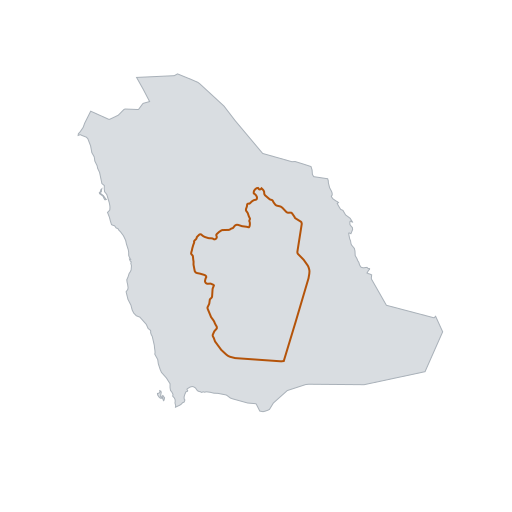 where Ar Riyad sits in Saudi Arabia, rotated 11°
{"feature_id": "SAU-1097", "entity_name": "Ar Riyad", "entity_type": "Region", "adm_level": 1, "iso_a3": "SAU", "parent_name": "Saudi Arabia", "parent_adm1": "", "projection": "albers", "projection_center": [44.266, 23.395], "detail": "fine", "context": "in_parent", "style": "outline", "palette": "amber", "viewbox_px": 512, "rotation_deg": 11, "n_neighbors": 0, "source": "natural_earth", "source_scale": "10m", "svg_char_len": 7326}
<svg xmlns="http://www.w3.org/2000/svg" viewBox="0 0 512 512"><g transform="rotate(11 256 256)"><path d="M386.7,361.7L332.3,371.8L329.3,372.7L312.4,382.1L301.1,397.0L298.5,404.0L297.1,405.1L294.7,406.5L292.6,407.5L289.3,407.5L285.2,402.2L284.2,401.1L283.3,401.1L275.9,401.9L260.5,400.7L257.9,400.3L254.5,398.6L253.6,398.2L252.7,398.1L244.8,398.1L240.8,398.7L237.0,398.5L233.0,398.8L231.6,399.5L230.1,399.4L229.1,400.0L228.3,400.3L227.3,399.8L226.0,399.9L224.2,399.4L223.0,398.3L221.9,397.2L220.8,396.7L219.5,396.3L218.4,396.3L216.9,396.9L216.0,397.5L213.8,399.5L213.7,400.2L214.7,401.4L214.4,402.0L213.1,402.7L212.7,404.6L212.5,405.6L212.3,408.1L212.8,410.1L213.6,410.8L213.6,411.7L213.2,413.3L212.0,413.9L211.1,415.4L210.5,416.2L209.6,417.0L205.8,419.8L205.7,418.2L204.5,415.7L204.4,414.0L203.9,412.3L202.9,410.9L201.0,409.5L200.9,407.6L199.5,405.8L197.7,404.2L196.7,401.5L196.0,397.8L191.3,392.8L185.4,388.3L183.6,385.7L180.7,380.5L179.3,376.4L175.4,371.7L175.3,369.9L174.7,367.7L173.8,365.2L173.3,363.3L169.5,354.7L168.3,353.3L167.2,351.4L167.0,350.0L166.7,349.2L163.9,347.7L161.4,344.1L153.7,338.2L149.9,337.5L146.9,335.4L144.8,332.7L142.6,328.1L138.6,323.0L135.3,315.9L136.5,313.4L136.5,311.6L135.5,308.6L134.4,306.2L133.7,304.0L134.4,300.9L134.8,297.4L135.6,295.5L136.1,293.5L135.6,289.3L134.5,287.0L134.7,285.6L133.4,284.8L132.4,283.2L133.5,283.2L131.6,280.9L130.9,279.6L130.3,276.6L129.4,274.2L126.5,268.9L125.1,265.6L122.0,261.4L118.5,258.2L116.3,256.7L115.2,255.4L113.4,255.2L111.4,253.3L110.0,253.2L108.2,252.8L106.3,249.3L104.7,245.9L101.9,241.5L102.7,240.5L103.7,238.7L103.4,236.3L103.0,234.7L101.8,231.7L97.9,224.3L96.8,223.2L95.1,221.8L94.1,218.6L93.7,215.8L90.9,214.3L86.5,203.8L83.8,200.1L82.8,197.7L79.7,193.6L78.3,189.6L75.1,185.8L72.6,179.4L68.5,172.9L66.7,171.7L62.2,170.9L60.3,170.4L58.4,171.6L58.3,169.9L59.7,167.6L61.8,162.7L62.5,158.3L66.1,145.4L85.2,149.9L86.2,149.8L93.9,144.1L98.4,137.4L99.4,136.7L112.4,134.7L112.8,134.4L115.7,128.3L116.0,127.9L116.3,127.6L122.1,124.7L113.5,113.9L104.7,103.5L140.9,94.7L141.5,94.5L144.2,92.2L159.8,95.3L165.9,96.7L167.8,97.6L195.9,114.9L209.8,127.2L242.9,154.0L243.4,154.1L273.3,156.6L276.4,155.8L284.7,156.7L292.9,157.7L294.6,160.8L295.2,163.0L295.8,165.2L297.5,167.1L304.4,166.8L311.6,166.5L312.6,168.4L313.1,170.4L315.2,174.9L318.0,178.4L318.7,179.7L319.2,181.6L318.7,182.4L318.6,183.3L320.6,185.2L324.0,186.7L325.3,187.1L326.8,187.8L325.7,189.0L327.8,191.5L330.2,194.1L332.6,194.6L336.1,198.6L341.2,201.0L344.3,204.3L344.1,204.4L343.2,204.1L342.0,203.7L341.7,204.1L341.8,205.6L342.2,207.2L343.8,208.7L345.2,209.7L345.8,211.6L344.9,216.0L344.5,216.0L343.8,215.7L343.0,215.6L342.6,215.9L343.7,218.9L344.7,221.3L345.9,223.1L346.9,225.8L347.7,227.0L351.1,229.8L352.2,232.2L353.3,236.7L355.5,239.2L356.7,241.1L358.2,242.7L359.3,244.9L360.8,246.6L361.5,247.0L362.6,247.1L363.9,247.1L365.5,246.5L367.1,246.0L368.5,246.9L369.9,246.7L370.0,247.5L369.2,248.6L368.2,251.5L369.8,251.9L371.4,252.0L372.5,252.4L373.1,252.4L373.2,253.0L373.4,255.7L373.8,256.7L393.4,279.5L442.4,282.7L442.7,282.6L443.8,280.9L453.7,294.8L444.0,337.3L386.7,361.7ZM189.7,412.5L191.2,412.7L190.6,412.0L190.5,411.7L191.2,410.7L193.3,412.7L193.2,415.0L193.0,415.6L192.4,415.1L192.1,414.6L191.9,414.0L191.3,413.5L189.2,413.8L187.9,413.1L186.0,411.2L185.5,409.7L186.3,409.5L187.2,408.8L187.7,407.7L187.2,406.6L188.4,406.8L189.0,408.0L189.0,410.6L189.2,411.2L188.9,411.8L189.7,412.5ZM97.3,229.6L96.8,229.6L95.5,228.1L94.8,227.0L94.1,226.3L90.6,224.7L90.1,223.8L90.7,222.9L91.1,223.8L91.7,224.4L94.6,225.8L97.7,228.7L98.3,229.0L97.3,229.6ZM91.9,222.5L91.7,222.7L91.0,222.0L91.1,220.4L91.8,219.5L91.7,220.7L91.9,222.0L91.9,222.5Z" fill="#d9dde1" stroke="#a8b0b8" stroke-width="1"/><path d="M242.8,229.2L243.2,229.2L243.6,229.1L243.8,228.7L243.9,228.3L244.0,227.9L244.0,227.3L244.0,226.6L243.8,225.3L243.6,224.6L243.4,224.0L242.8,223.1L242.7,222.6L242.8,222.0L243.0,221.0L242.9,220.4L241.4,218.4L239.8,215.6L239.3,215.0L237.8,213.6L237.5,213.2L237.3,212.7L237.3,212.3L237.2,211.9L237.6,209.2L237.6,208.3L237.5,207.3L237.5,206.9L237.9,206.4L238.3,206.1L238.7,206.0L239.5,205.9L239.7,205.7L240.0,205.4L241.3,203.5L242.0,202.7L242.9,201.9L243.3,201.6L243.8,201.3L244.7,201.0L245.1,200.8L245.5,200.5L245.7,200.2L245.9,199.8L245.9,199.6L245.9,199.2L245.9,198.8L245.8,198.4L245.6,198.0L245.4,197.5L245.0,197.1L244.7,196.7L243.9,196.0L243.1,195.5L241.9,195.0L241.8,194.7L241.6,194.0L241.6,193.5L241.6,193.1L241.6,192.7L241.8,192.0L242.1,191.4L242.6,190.5L243.1,189.9L243.7,189.4L243.9,189.2L244.0,189.2L245.0,188.8L245.4,189.1L245.5,189.2L245.8,189.6L246.1,189.8L246.5,190.0L246.9,190.0L247.4,189.8L247.8,189.6L248.5,188.5L250.3,189.7L251.1,190.5L251.4,190.9L251.7,191.4L252.2,193.2L252.4,193.7L252.9,194.3L253.3,194.7L258.6,197.7L259.4,197.9L260.8,198.0L261.2,198.1L261.6,198.3L262.0,198.7L263.1,200.1L264.9,201.7L265.7,202.3L266.1,202.4L266.9,202.6L270.0,202.7L270.8,202.8L271.6,203.1L272.8,203.7L277.4,207.0L277.8,207.2L278.3,207.3L278.7,207.4L279.2,207.4L281.9,206.8L282.4,206.8L282.8,207.0L283.2,207.2L286.3,210.2L286.8,211.0L287.2,211.3L287.6,211.5L293.6,213.8L293.8,214.0L294.1,214.2L294.3,214.6L294.5,215.0L294.7,215.4L294.8,216.0L295.8,243.9L296.0,244.8L296.1,245.1L296.4,245.5L296.7,245.9L303.5,250.6L308.4,255.3L309.2,256.2L310.0,257.5L310.9,259.3L311.4,260.8L311.7,263.3L311.8,267.9L307.5,312.8L303.3,353.8L300.8,354.6L255.0,360.2L249.9,359.9L248.0,359.5L247.0,359.1L245.6,358.4L240.1,355.0L239.8,354.8L232.1,347.7L230.2,344.5L229.1,343.2L228.8,342.7L228.6,342.0L228.6,341.5L229.4,338.0L229.8,337.2L230.9,335.4L231.1,335.0L231.3,334.6L231.3,334.1L231.2,333.7L231.1,333.3L230.9,332.8L229.3,331.0L228.1,329.4L227.5,328.4L226.4,327.2L223.6,324.6L218.6,317.0L218.4,316.6L218.3,316.2L218.2,315.7L218.3,315.3L219.1,312.3L219.2,311.4L219.0,307.9L219.0,307.5L219.2,307.1L219.4,306.7L220.0,306.0L220.2,305.6L220.4,305.2L220.6,304.7L220.6,304.3L220.6,303.9L219.7,296.9L219.7,296.1L220.3,293.0L220.2,292.9L220.0,292.6L219.6,292.4L219.2,292.3L216.9,291.8L216.5,291.8L216.1,291.9L213.8,292.5L213.4,292.5L212.9,292.5L212.1,292.2L211.7,291.9L211.3,291.5L210.8,290.7L210.7,290.2L210.7,289.7L210.8,287.6L211.1,286.7L211.2,286.3L211.1,285.9L210.9,285.4L210.4,285.0L209.9,284.7L209.4,284.6L208.6,284.4L204.4,284.0L201.4,284.0L200.8,283.9L200.3,283.8L199.9,283.6L199.5,283.3L199.2,283.0L198.9,282.7L198.7,282.4L196.3,276.4L195.8,273.5L195.6,272.9L195.2,271.9L194.2,268.6L193.9,267.9L193.5,267.5L193.1,267.2L192.4,266.7L192.2,266.5L192.0,266.3L191.8,265.8L191.8,264.5L192.0,262.6L192.0,260.6L192.3,257.1L192.6,255.5L192.7,254.7L192.7,254.3L192.5,253.6L192.4,253.4L192.5,253.1L192.6,252.8L192.9,252.3L193.8,251.1L194.1,250.5L194.3,249.6L194.3,248.8L194.7,248.1L196.0,246.2L196.2,245.9L196.7,245.5L197.2,245.3L197.6,245.3L198.0,245.3L200.0,246.4L200.8,246.7L202.2,247.1L205.6,247.5L206.5,247.5L209.2,247.1L210.1,247.1L211.5,247.6L211.9,247.6L212.3,247.5L212.7,247.3L213.2,246.9L213.6,246.4L213.9,245.6L213.9,245.0L213.8,244.6L213.3,243.7L213.1,243.3L213.0,242.9L213.1,242.4L213.4,241.8L215.2,239.4L217.0,237.6L217.5,237.3L217.9,237.0L224.2,235.6L225.0,235.2L225.4,234.9L226.4,233.9L227.8,233.1L228.2,232.7L228.5,232.1L229.2,230.7L229.7,230.0L230.0,229.7L230.3,229.5L230.6,229.3L231.0,229.1L231.4,229.0L231.8,228.9L232.7,228.9L236.6,229.4L241.1,229.1L242.8,229.2Z" fill="none" stroke="#b45309" stroke-width="2"/></g></svg>